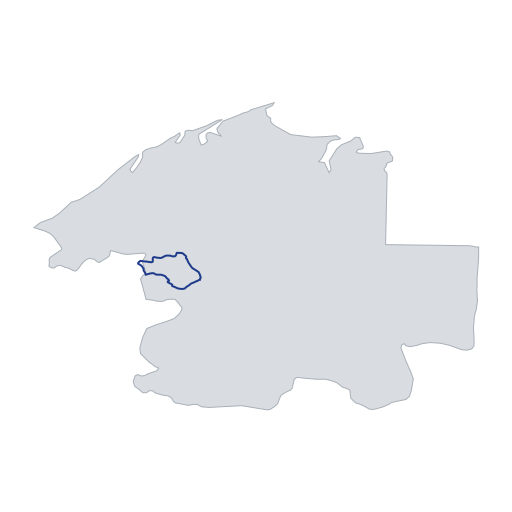 location of Boumi-Louetsi, Ngounié, Gabon, rotated 91°
{"feature_id": "22940354B74910664495270", "entity_name": "Boumi-Louetsi", "entity_type": "district", "adm_level": 2, "iso_a3": "GAB", "parent_name": "Gabon", "parent_adm1": "Ngounié", "projection": "equal_earth", "projection_center": [11.888, -2.012], "detail": "fine", "context": "in_parent", "style": "outline", "palette": "blue", "viewbox_px": 512, "rotation_deg": 91, "n_neighbors": 0, "source": "geoboundaries", "source_scale": "gbopen_adm2", "svg_char_len": 5513}
<svg xmlns="http://www.w3.org/2000/svg" viewBox="0 0 512 512"><g transform="rotate(91 256 256)"><path d="M346.4,43.4L346.2,48.4L342.0,60.7L340.0,70.1L339.5,80.2L340.7,88.3L342.7,94.1L344.0,100.4L343.0,104.7L341.0,106.6L342.4,108.8L345.4,109.4L350.7,107.4L358.7,104.1L369.2,99.2L376.1,96.6L387.5,98.3L393.6,100.1L396.8,103.5L400.1,118.0L401.8,120.2L404.6,126.3L406.9,133.7L407.4,137.4L407.1,140.1L404.8,144.1L402.2,150.0L401.3,153.5L399.1,156.2L396.3,158.8L388.7,159.8L387.5,161.4L385.4,167.6L381.3,172.9L379.5,177.9L377.9,184.6L378.2,192.8L377.4,204.7L376.6,212.8L378.6,215.6L387.7,217.6L389.5,219.2L391.9,224.2L395.0,228.8L403.4,231.8L406.6,235.4L409.2,239.3L409.6,242.5L407.7,255.5L405.9,267.9L406.6,277.3L407.2,286.3L408.2,299.5L407.8,307.5L405.4,312.4L405.4,316.2L406.5,320.8L404.4,333.6L403.1,335.8L399.3,338.1L397.4,341.6L396.7,347.0L394.7,354.4L392.6,357.1L392.6,360.5L394.6,363.0L394.6,366.8L390.9,371.4L388.6,374.9L383.7,376.6L378.0,374.8L376.6,372.3L378.0,368.3L377.5,365.1L375.6,361.8L372.5,353.2L369.8,351.4L368.3,354.9L363.7,361.4L355.5,369.8L349.8,370.5L339.3,367.9L330.4,363.9L326.3,354.1L323.6,346.0L319.9,336.6L315.6,332.1L311.1,329.3L309.1,329.1L302.6,334.3L300.7,336.4L300.7,340.8L301.3,344.9L302.3,346.9L303.1,349.5L303.0,353.6L301.8,359.1L301.4,365.1L281.1,371.0L277.6,368.9L275.1,366.2L272.0,366.6L263.2,369.7L259.9,367.6L256.7,366.0L255.3,367.3L255.1,369.9L256.6,384.1L256.2,389.5L254.2,396.6L253.1,401.4L258.5,402.7L260.5,405.0L262.4,408.5L265.0,411.9L265.1,413.9L262.2,417.6L261.2,422.2L262.6,425.7L266.2,429.5L271.6,433.3L274.2,435.9L273.9,438.2L271.5,443.1L270.5,447.3L268.8,451.1L269.2,454.6L271.6,457.8L271.3,460.7L269.7,462.9L266.4,462.5L263.5,462.8L261.0,461.9L253.1,450.6L251.4,450.3L239.9,458.9L237.0,462.5L234.7,467.6L231.5,478.6L226.3,472.2L221.8,460.4L216.5,453.2L205.5,441.6L202.5,433.0L189.9,414.0L171.8,395.1L158.6,378.6L156.6,375.0L158.9,375.4L171.5,383.6L173.2,382.7L174.7,380.8L169.2,376.5L164.0,373.2L159.1,371.1L154.2,371.2L151.5,367.8L149.7,362.5L148.8,357.9L146.6,353.2L139.6,343.5L137.9,339.7L134.1,334.5L136.4,333.9L143.9,338.8L144.6,336.8L143.9,333.9L136.4,329.3L132.4,329.0L131.4,325.7L132.0,321.9L126.6,307.7L121.0,297.0L120.2,292.0L135.2,315.1L137.2,315.5L139.8,315.3L146.1,312.7L144.9,309.6L142.1,306.3L139.3,307.8L135.8,308.1L134.0,306.8L133.1,304.4L136.7,293.1L135.1,293.7L134.0,295.7L132.1,296.7L129.1,297.3L121.7,291.2L115.1,275.0L113.4,271.7L111.7,266.0L109.9,263.7L102.4,240.6L105.3,242.3L108.7,249.0L115.4,247.6L118.0,243.7L120.2,243.8L122.5,243.0L125.5,239.3L134.0,223.4L136.2,202.4L135.5,189.9L134.3,177.6L137.1,173.6L138.2,176.2L138.7,180.6L140.1,183.9L143.1,186.8L148.7,187.6L157.5,192.2L160.6,195.1L161.4,189.2L171.4,184.3L168.4,182.5L159.5,184.5L147.3,177.0L143.2,172.3L139.4,163.4L135.5,158.7L135.8,154.5L144.5,150.6L146.9,151.1L147.8,155.7L150.2,157.6L151.1,156.9L151.5,153.0L151.5,142.4L148.8,127.2L149.6,124.3L152.0,123.3L154.2,121.3L155.7,120.9L158.6,121.3L160.1,124.8L161.0,126.7L164.0,127.6L166.4,129.5L168.5,129.0L170.3,126.8L172.9,126.3L180.9,126.4L188.1,126.4L202.6,126.5L217.0,126.5L231.5,126.6L242.4,126.6L242.3,118.0L242.3,104.6L242.2,88.8L242.1,73.6L242.1,59.6L242.0,43.0L242.6,38.3L243.3,36.3L243.1,33.5L254.3,33.4L274.5,34.6L283.3,34.4L285.9,34.6L296.9,33.8L305.9,34.9L309.7,36.0L313.1,36.6L323.8,37.3L337.8,36.4L342.6,36.6L345.2,38.9L346.4,43.4Z" fill="#d9dde1" stroke="#a8b0b8" stroke-width="1"/><path d="M280.8,311.6L280.2,311.5L279.5,311.5L279.0,311.3L279.0,311.2L278.6,310.9L278.1,311.0L277.1,311.3L276.2,311.6L274.9,312.1L273.8,312.8L273.0,313.2L272.1,314.6L269.3,319.2L268.7,319.9L266.8,321.3L264.7,322.8L263.2,323.7L262.2,324.2L261.4,324.5L260.9,324.7L260.3,325.0L259.9,325.5L259.6,325.8L259.2,326.0L258.6,326.0L258.2,325.8L257.7,325.8L257.1,326.3L256.7,326.7L256.4,327.2L255.8,327.9L255.1,328.6L254.7,329.2L254.5,329.9L254.3,330.7L254.3,331.5L254.2,332.4L254.2,333.4L254.2,334.5L254.3,335.3L254.8,335.4L255.3,335.6L256.2,335.9L257.0,336.3L257.5,336.9L257.8,337.5L257.8,338.8L257.8,339.5L257.5,340.6L257.2,341.6L257.1,342.7L257.1,343.9L257.1,345.1L257.4,346.4L257.8,347.5L258.5,348.5L259.4,350.3L259.6,351.0L259.6,352.2L259.5,353.2L259.5,354.0L259.4,355.0L259.2,355.9L259.0,356.7L258.9,357.5L259.0,358.4L259.6,359.0L260.5,359.2L261.3,359.2L262.1,359.1L262.9,359.1L263.6,359.3L264.0,360.2L264.0,361.2L263.9,362.4L263.7,363.8L263.5,364.9L263.4,366.6L263.2,369.2L262.9,371.5L263.0,371.7L264.6,373.5L265.7,373.7L266.4,372.5L266.9,371.7L267.6,370.5L268.0,370.1L269.4,369.1L270.1,368.6L270.9,368.1L272.2,368.2L273.5,367.5L274.3,366.8L275.6,366.2L276.6,366.0L276.6,365.7L276.4,365.1L276.1,364.3L275.8,363.2L275.6,362.4L275.3,361.5L275.2,360.7L275.0,359.3L275.0,358.3L275.2,357.7L275.5,357.0L276.0,356.4L276.2,355.7L276.3,355.0L276.4,354.1L276.4,353.3L276.4,352.3L276.3,351.4L276.4,350.6L276.7,349.4L277.1,348.2L277.4,347.3L277.7,346.7L278.2,346.0L278.7,345.6L279.1,345.4L279.5,345.0L279.9,344.6L280.4,344.0L280.7,343.5L281.3,343.0L281.8,342.6L282.2,342.6L282.5,342.9L282.7,343.3L283.0,343.8L283.5,343.8L283.9,343.5L284.2,342.8L284.7,341.8L285.0,341.3L285.3,340.6L285.7,340.0L286.0,339.5L286.4,339.2L287.0,339.3L287.4,339.3L287.8,338.5L288.1,337.5L288.5,336.4L288.9,335.6L289.3,334.7L289.6,334.0L289.8,333.3L290.0,332.3L290.1,331.5L290.2,330.6L290.2,328.6L289.9,327.5L289.7,326.6L288.2,325.1L287.7,324.5L287.2,323.5L286.6,322.7L286.2,322.1L285.5,321.4L284.6,320.2L284.1,319.1L283.7,318.0L283.0,316.6L282.2,315.0L281.9,314.1L281.5,313.5L281.1,312.9L280.9,312.2L280.8,311.6Z" fill="none" stroke="#1e3a8a" stroke-width="2"/></g></svg>